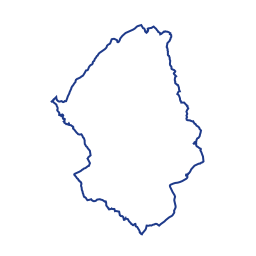 Moldovita, Suceava, Romania (Equal Earth projection), rotated 97°
{"feature_id": "2599482B16350059024550", "entity_name": "Moldovita", "entity_type": "district", "adm_level": 2, "iso_a3": "ROU", "parent_name": "Romania", "parent_adm1": "Suceava", "projection": "equal_earth", "projection_center": [25.472, 47.724], "detail": "fine", "context": "isolated", "style": "outline", "palette": "blue", "viewbox_px": 256, "rotation_deg": 97, "n_neighbors": 0, "source": "geoboundaries", "source_scale": "gbopen_adm2", "svg_char_len": 5761}
<svg xmlns="http://www.w3.org/2000/svg" viewBox="0 0 256 256"><g transform="rotate(97 128 128)"><path d="M111.0,207.0L111.2,206.8L110.9,205.8L111.1,205.4L111.7,204.9L113.3,202.2L113.7,201.8L114.5,201.6L116.3,200.4L117.8,200.1L118.7,200.5L119.2,200.3L120.2,199.3L120.7,198.6L121.3,198.1L123.3,197.9L123.2,197.3L123.6,197.4L123.7,196.5L123.6,196.2L124.3,195.7L124.2,195.4L123.1,195.4L122.6,194.9L122.9,194.2L123.5,193.8L124.5,194.1L125.5,194.1L126.1,193.8L126.4,193.8L126.7,193.6L127.0,193.1L126.5,192.8L126.9,191.8L128.4,192.0L128.9,191.8L129.5,192.5L129.9,192.0L130.6,191.7L131.2,190.3L131.7,189.8L131.5,189.2L131.8,188.5L131.2,187.7L130.6,187.3L130.9,187.1L132.1,186.9L132.2,184.9L132.9,183.9L133.1,183.2L133.3,182.8L133.8,182.4L134.1,182.6L135.1,182.5L135.5,182.2L135.9,181.4L139.0,178.3L139.4,177.6L140.2,176.8L140.4,175.2L139.9,173.5L140.2,173.2L141.5,172.2L142.9,171.5L143.1,170.9L143.9,170.3L146.0,169.4L146.8,169.4L149.2,168.9L150.1,168.1L150.7,167.8L151.2,167.4L152.0,166.1L152.9,165.6L155.2,163.1L159.7,161.8L161.9,163.8L163.1,164.2L163.3,164.4L167.5,161.5L170.4,162.2L170.8,163.2L172.9,165.3L173.8,167.1L174.6,167.7L175.1,168.5L176.1,169.3L177.3,170.9L179.8,175.0L180.5,175.7L181.0,175.6L182.8,173.6L184.2,172.4L184.6,171.5L185.8,170.7L185.7,170.6L186.3,169.8L186.8,169.4L187.1,168.7L187.7,168.4L187.8,167.9L188.5,167.6L189.2,167.5L189.3,167.4L190.3,167.6L191.3,167.5L192.7,166.8L195.0,166.3L196.5,165.4L198.2,164.9L199.1,164.3L200.8,163.7L201.9,162.9L201.9,162.2L202.2,161.9L202.5,161.3L203.8,160.3L204.6,159.5L203.9,157.4L203.2,155.9L204.1,155.1L204.4,154.2L204.7,153.8L204.8,153.0L204.6,152.0L204.1,151.0L202.8,149.9L202.1,147.2L202.3,146.9L202.6,144.5L203.9,142.0L203.7,141.8L204.0,141.5L203.8,141.0L204.8,140.6L207.6,140.1L209.1,138.6L209.6,138.3L209.9,137.6L210.6,137.4L211.1,136.9L210.3,134.6L210.0,134.4L210.2,134.2L210.3,133.3L210.0,131.9L210.1,131.6L212.1,130.8L211.9,130.4L211.9,129.1L212.1,126.6L215.5,125.5L215.7,124.9L216.2,124.6L216.3,123.4L216.2,122.8L217.1,121.8L219.6,120.9L219.5,120.2L218.4,120.0L218.3,119.5L218.1,119.4L218.4,119.3L218.3,118.4L218.5,117.0L220.4,115.7L222.1,113.6L222.9,113.0L223.1,112.2L223.8,111.4L223.8,110.9L223.2,110.4L223.1,110.0L222.5,109.6L222.3,109.0L223.0,108.7L224.5,108.4L224.7,108.2L225.1,106.8L227.1,105.3L228.0,104.5L229.6,103.6L230.0,103.7L230.5,103.4L230.5,103.0L230.7,102.6L231.7,101.9L231.8,101.2L231.0,101.0L226.8,98.3L225.5,97.9L222.6,97.6L222.5,95.5L221.9,94.3L222.0,93.0L220.9,91.3L220.5,90.0L220.1,89.6L219.7,88.6L219.8,87.6L221.1,85.2L219.3,83.7L216.3,80.4L214.7,79.2L211.8,76.4L210.8,75.1L210.1,74.0L209.1,73.1L206.4,71.8L205.9,71.8L204.6,72.2L201.2,71.1L199.8,71.2L194.4,73.2L193.0,73.3L190.5,72.9L188.9,73.7L186.3,75.8L181.0,79.2L180.0,79.4L179.5,79.2L179.1,78.8L177.6,76.2L176.8,74.4L176.2,72.0L175.3,69.9L174.0,67.6L171.2,63.9L170.2,63.2L169.4,63.0L168.1,63.4L168.3,64.4L168.1,64.6L167.6,64.7L167.0,64.5L167.0,63.4L166.7,62.8L165.9,62.7L165.7,62.5L165.5,62.0L163.7,61.0L161.3,60.2L157.3,57.4L155.2,54.1L154.6,53.0L154.7,52.8L154.5,52.0L153.5,51.1L153.0,49.9L152.0,49.0L147.2,50.1L144.8,51.4L143.3,52.1L141.4,53.4L140.3,53.1L139.7,53.3L139.5,54.3L138.1,56.6L137.8,57.6L136.6,58.3L135.0,58.4L134.5,58.6L135.3,59.7L135.6,60.7L135.4,60.9L134.9,60.4L134.2,60.3L133.6,59.6L133.4,58.6L131.4,58.5L130.2,58.1L129.7,57.8L129.3,56.9L127.5,55.9L125.2,55.7L123.8,55.4L122.9,55.4L121.7,55.2L121.2,55.6L120.0,57.0L118.9,57.4L117.9,58.9L117.3,60.3L115.7,61.6L115.6,62.5L113.4,64.1L113.7,64.6L113.3,65.9L113.2,66.9L112.9,67.3L113.0,69.9L112.7,70.7L111.3,71.2L110.0,70.7L108.6,71.5L106.8,70.9L104.6,72.0L102.7,71.4L101.4,70.6L101.1,70.6L100.6,71.2L99.0,71.6L99.0,72.2L98.0,72.7L97.9,73.1L95.9,75.4L96.1,76.7L96.1,77.6L96.3,78.2L94.8,78.9L94.7,79.3L93.2,79.9L92.3,80.0L90.1,81.1L89.1,81.8L88.3,83.2L86.0,82.4L85.3,81.7L85.2,81.1L83.6,82.0L81.7,82.4L79.3,83.6L79.2,84.5L78.7,84.9L78.5,85.5L78.1,85.9L77.9,86.4L77.5,86.7L75.9,86.8L75.5,87.2L74.1,87.5L71.8,87.4L70.8,86.5L68.8,88.9L68.3,89.2L67.7,89.0L67.2,88.5L66.3,88.0L65.9,88.0L64.9,89.2L64.2,91.8L63.8,92.1L62.1,92.3L61.4,92.8L60.7,93.7L59.4,94.2L56.1,94.3L54.5,95.1L53.5,95.1L51.4,96.1L51.2,96.8L50.8,97.2L50.3,97.4L49.5,97.4L48.1,97.7L47.3,97.6L46.3,98.2L45.8,98.1L43.9,98.7L43.4,99.3L42.7,99.2L42.3,99.5L40.1,99.2L39.7,99.3L39.1,99.3L36.2,97.2L35.3,97.1L34.8,96.8L33.1,96.6L32.5,96.2L31.8,96.2L30.4,96.5L29.8,97.8L28.8,97.5L27.9,99.4L27.6,100.9L27.7,102.0L27.5,102.5L28.0,103.4L27.8,103.6L27.8,103.9L30.6,106.5L31.1,107.4L29.8,107.8L29.2,108.9L29.0,109.7L28.0,110.3L27.2,111.3L26.1,112.2L24.9,114.0L24.2,114.9L25.0,116.1L25.8,116.8L26.1,118.3L26.4,118.7L26.6,120.0L27.1,120.5L28.3,120.0L29.1,119.9L29.9,120.3L29.4,120.7L30.3,121.2L31.1,121.4L30.7,122.2L29.8,122.9L28.1,123.4L27.4,124.0L27.2,124.2L27.2,124.9L27.1,125.2L24.2,127.4L25.5,130.4L26.2,131.5L28.5,133.4L29.7,134.9L34.0,142.0L37.3,144.9L40.1,146.6L42.1,147.0L43.6,147.7L44.1,148.4L43.9,149.0L42.2,149.6L41.2,152.4L41.3,153.4L41.9,155.0L45.8,155.9L46.7,156.4L47.5,157.6L48.4,158.5L49.1,158.9L50.1,159.0L51.1,159.4L52.5,160.5L57.1,165.6L58.7,166.6L59.8,166.9L60.4,167.7L62.5,168.6L62.8,168.9L63.7,169.4L65.4,169.7L66.5,170.8L67.4,171.0L68.3,170.9L68.7,171.1L69.5,171.7L69.9,172.5L70.6,173.2L72.3,174.2L75.0,174.8L75.7,175.6L75.9,176.2L75.9,176.6L76.2,176.8L78.6,177.7L81.4,179.0L82.1,179.7L82.4,180.4L83.5,181.3L85.1,183.7L85.3,184.3L86.5,185.5L87.8,185.8L88.7,185.7L90.2,186.7L92.7,187.9L93.4,188.5L95.0,189.1L95.8,189.1L99.5,190.3L100.9,190.5L103.9,191.6L106.0,192.0L108.9,192.7L109.1,193.4L109.0,194.1L110.0,194.9L110.2,195.6L110.0,196.3L109.5,196.9L109.4,197.3L110.1,199.0L110.1,199.9L109.8,200.7L108.8,202.0L107.6,202.6L106.0,203.0L107.3,204.0L108.4,204.8L108.4,205.0L109.0,205.2L109.0,205.5L109.3,205.7L109.7,205.8L111.0,207.0Z" fill="none" stroke="#1e3a8a" stroke-width="2"/></g></svg>